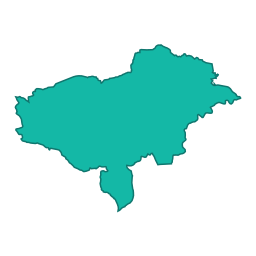 Tepetzintla, Puebla, Mexico (Mercator projection)
{"feature_id": "50627088B29131736368652", "entity_name": "Tepetzintla", "entity_type": "district", "adm_level": 2, "iso_a3": "MEX", "parent_name": "Mexico", "parent_adm1": "Puebla", "projection": "mercator", "projection_center": [-97.853, 19.942], "detail": "fine", "context": "isolated", "style": "filled", "palette": "teal", "viewbox_px": 256, "rotation_deg": 0, "n_neighbors": 0, "source": "geoboundaries", "source_scale": "gbopen_adm2", "svg_char_len": 5741}
<svg xmlns="http://www.w3.org/2000/svg" viewBox="0 0 256 256"><path d="M44.2,89.0L43.9,89.4L42.7,89.6L40.9,89.0L38.3,88.7L36.8,88.7L36.0,89.2L35.2,90.1L35.4,91.2L35.2,91.5L34.1,91.4L32.8,92.3L32.7,93.8L33.5,94.6L33.6,95.1L33.4,95.4L32.2,96.1L31.5,96.1L30.6,96.5L28.5,96.9L28.4,97.1L28.3,98.0L28.5,99.9L28.4,101.0L28.7,101.9L25.9,100.1L24.9,98.9L23.3,98.0L21.1,97.6L20.4,96.9L19.7,96.6L17.9,97.3L15.8,96.9L16.4,98.1L17.0,99.9L17.5,100.5L18.8,102.6L18.6,103.5L17.0,104.7L16.2,105.6L15.6,106.5L15.4,107.4L15.9,108.7L16.6,109.4L16.8,111.3L17.1,111.7L16.3,113.0L16.3,113.5L16.7,113.9L19.4,115.8L20.4,117.3L21.4,119.2L22.1,123.9L22.4,124.9L22.7,125.5L22.8,126.4L22.5,127.0L22.2,127.3L18.6,128.6L17.0,128.8L16.0,129.2L15.9,129.8L16.0,130.3L17.1,131.5L18.7,134.1L19.1,134.4L19.9,134.5L20.6,134.4L21.4,134.5L22.0,135.0L22.4,136.4L22.5,137.7L22.2,138.3L21.1,139.0L22.4,140.8L23.6,141.2L24.6,141.3L24.8,141.5L25.5,141.5L26.8,142.3L28.8,142.4L30.6,143.0L35.3,143.5L36.3,143.3L37.2,142.9L38.9,143.7L42.8,144.9L43.7,145.5L45.2,146.9L46.3,147.6L48.2,147.7L48.6,148.1L49.0,149.5L49.6,149.8L50.0,148.8L50.8,148.3L57.6,149.6L59.1,150.1L59.5,150.4L61.2,152.5L61.9,155.0L65.6,157.3L65.8,157.9L65.8,158.5L65.9,158.8L67.6,159.9L68.6,161.3L69.3,162.6L69.9,163.1L70.5,163.3L73.1,165.7L73.8,166.7L74.4,167.3L78.0,168.8L79.8,169.9L80.5,170.1L81.5,170.2L82.3,170.6L83.3,171.4L83.9,171.6L86.1,171.2L89.0,170.2L89.5,169.7L89.8,168.2L90.1,168.0L90.6,168.1L91.4,168.7L95.3,168.3L95.8,168.7L96.2,168.7L98.0,167.4L99.0,166.3L99.4,166.2L100.3,166.3L101.5,166.8L102.8,166.9L105.6,166.7L106.2,167.0L106.4,168.7L107.8,170.6L107.7,171.0L107.3,171.4L105.5,171.7L104.8,171.6L103.9,170.9L103.0,170.8L101.3,171.2L100.9,171.7L100.7,172.9L100.8,174.9L100.2,177.0L100.3,177.6L100.8,178.9L100.8,179.7L100.5,182.4L100.2,183.0L100.2,183.8L100.8,186.9L101.5,188.4L101.4,189.5L101.8,190.1L102.8,190.8L103.3,191.0L103.4,191.9L105.4,192.4L106.2,192.2L107.1,192.4L108.1,192.8L108.9,193.6L110.1,194.2L110.5,194.6L110.5,195.4L111.2,195.8L111.9,196.6L112.5,196.8L113.6,198.1L114.1,198.2L114.1,198.7L115.2,199.3L117.4,204.1L118.2,206.6L118.4,208.5L118.0,211.1L119.4,210.4L120.5,209.5L121.3,208.5L122.6,207.5L125.0,206.6L125.3,205.8L126.3,205.2L127.2,204.4L128.4,203.7L130.1,202.9L132.0,200.6L133.1,197.6L133.1,196.9L133.5,195.8L133.4,192.4L133.2,190.5L133.1,190.0L132.7,189.0L131.8,182.8L132.2,176.7L132.5,175.9L131.9,174.5L131.3,171.7L131.3,171.1L128.9,169.6L127.3,168.0L126.8,166.7L126.8,165.4L128.5,165.6L128.8,165.8L131.0,165.8L132.8,165.2L133.9,164.4L134.1,164.0L134.5,163.8L134.9,162.7L135.4,162.7L136.3,162.1L137.9,161.3L138.5,161.4L139.8,160.9L140.4,160.3L140.8,159.4L141.2,156.5L141.3,156.4L142.7,156.6L144.9,157.3L146.1,157.0L147.9,154.0L149.3,154.9L150.2,154.9L151.0,153.7L151.3,153.4L152.4,153.4L152.5,154.0L154.2,156.6L155.6,160.1L157.9,164.7L160.1,164.4L171.4,163.8L171.4,163.4L171.6,162.9L172.2,162.1L172.3,160.4L172.7,158.8L172.9,156.1L173.4,155.1L175.3,155.1L175.6,154.9L176.9,155.1L178.3,155.1L180.3,154.0L182.6,153.6L184.0,152.9L185.3,151.6L185.1,149.6L182.7,147.2L182.4,145.9L182.3,144.0L182.7,142.6L185.6,140.1L185.9,139.5L185.7,138.7L185.2,138.0L185.1,137.4L185.3,135.3L185.2,133.1L185.1,132.2L184.6,131.6L184.4,131.0L184.2,130.1L184.3,129.6L185.2,128.7L186.2,128.7L186.5,128.3L187.6,125.1L188.7,123.7L189.5,123.3L190.6,123.1L191.7,122.4L193.3,121.9L194.6,121.8L195.5,121.4L196.0,120.9L197.4,119.8L197.8,118.7L197.6,115.2L197.9,114.7L198.4,114.5L199.1,114.9L201.6,116.9L202.0,117.4L202.8,117.5L203.2,117.2L204.8,114.3L205.6,113.2L206.9,112.8L209.2,113.1L211.1,113.2L212.0,112.8L212.3,111.8L212.3,111.0L211.5,109.2L210.7,108.0L210.4,107.3L210.9,106.9L211.2,106.9L214.1,105.4L214.5,105.1L214.8,104.4L216.9,103.1L218.5,102.5L219.7,102.5L223.4,103.8L224.8,103.9L225.1,103.8L225.5,102.9L225.4,100.9L225.7,100.6L226.6,100.3L227.3,100.3L228.4,100.9L229.0,102.4L230.1,103.6L230.9,103.9L231.4,103.9L232.7,102.7L233.6,100.5L234.3,99.7L234.7,99.6L236.1,99.9L236.7,99.8L237.4,99.3L240.3,98.4L240.6,98.2L240.5,97.7L239.8,96.8L239.3,96.6L238.7,96.7L237.6,96.5L236.8,95.9L236.4,95.5L236.2,94.6L235.8,94.4L235.7,94.0L232.4,91.7L230.4,88.8L228.5,87.2L227.0,86.7L217.9,85.0L215.6,85.3L214.4,83.9L214.7,85.4L213.9,85.4L212.8,84.7L211.3,83.1L212.6,80.7L212.3,80.6L211.2,79.0L213.2,78.7L214.6,78.1L216.1,78.3L215.8,76.9L216.2,76.8L216.4,76.9L217.9,75.5L218.2,74.7L217.4,74.2L216.7,74.8L215.2,75.1L215.2,73.0L213.9,72.9L213.5,73.2L212.5,72.4L212.9,71.9L213.2,70.8L212.0,63.9L205.8,62.7L205.0,62.2L204.5,62.0L202.7,61.1L202.3,59.9L199.0,59.6L197.8,57.9L196.6,57.5L194.6,59.0L191.5,56.2L189.0,55.5L186.5,56.0L185.3,54.1L185.0,53.9L184.0,53.9L183.2,55.1L182.2,55.4L180.8,56.8L179.4,56.3L177.9,56.8L177.5,56.4L176.9,56.2L176.3,55.3L176.1,55.2L174.9,55.2L174.5,55.6L170.5,52.5L170.3,50.4L169.9,49.8L168.4,48.7L167.7,48.4L167.0,47.9L166.2,47.6L165.4,47.6L165.0,47.1L163.3,46.5L161.0,44.9L160.6,45.4L159.7,45.1L158.1,45.1L156.7,45.8L156.0,46.4L154.7,48.5L153.5,49.0L153.2,49.5L152.2,49.7L146.7,49.9L141.1,49.6L139.9,50.1L139.9,52.5L137.9,52.4L136.7,53.1L135.5,53.2L135.0,54.0L134.8,55.2L133.9,58.1L133.8,59.3L133.0,60.0L132.9,62.3L132.7,62.6L132.4,63.8L131.5,64.2L130.9,65.4L131.1,68.1L131.4,68.8L131.7,70.2L131.4,70.4L131.5,70.9L131.3,71.7L130.7,72.5L129.6,72.5L129.0,72.3L128.7,72.4L127.7,72.4L127.2,72.8L126.2,73.0L124.5,73.9L122.8,74.5L121.8,75.3L121.0,75.6L119.5,75.9L117.7,77.0L115.8,77.0L114.4,77.7L111.0,78.3L109.6,78.4L109.3,79.0L107.9,79.5L104.7,79.9L104.3,80.0L102.1,82.6L101.2,83.1L100.4,80.7L99.2,80.6L98.4,80.3L98.1,80.0L97.6,78.4L97.1,78.4L96.6,78.1L96.3,77.7L96.2,77.0L94.2,76.9L93.5,76.5L92.1,76.3L90.6,76.7L88.7,76.9L87.6,77.6L87.0,77.2L81.7,75.9L78.7,75.8L76.1,76.1L73.5,76.8L55.9,83.8L53.6,86.9L48.1,87.4L47.0,88.2L44.2,89.0Z" fill="#14b8a6" stroke="#0f766e" stroke-width="1.5"/></svg>